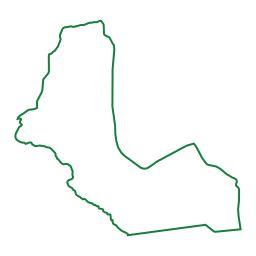 SVG path tracing the border of Western Bahr el Ghazal
{"feature_id": "SDS-873", "entity_name": "Western Bahr el Ghazal", "entity_type": "State", "adm_level": 1, "iso_a3": "SSD", "parent_name": "South Sudan", "parent_adm1": "", "projection": "robinson", "projection_center": [25.577, 8.526], "detail": "fine", "context": "isolated", "style": "outline", "palette": "green", "viewbox_px": 256, "rotation_deg": 0, "n_neighbors": 0, "source": "natural_earth", "source_scale": "10m", "svg_char_len": 3786}
<svg xmlns="http://www.w3.org/2000/svg" viewBox="0 0 256 256"><path d="M22.4,142.6L22.1,142.5L20.4,142.1L19.6,141.7L18.3,140.9L16.9,139.8L15.8,138.4L15.4,136.7L15.5,134.9L16.1,132.9L18.9,127.6L19.4,127.0L21.5,125.5L21.8,125.0L21.5,124.3L20.2,123.1L19.8,122.3L20.0,121.5L20.9,120.0L21.1,119.2L20.2,118.6L18.3,118.7L17.8,118.8L18.0,118.4L18.1,117.6L18.4,117.1L21.3,114.7L22.8,113.9L28.3,110.0L29.4,109.7L33.9,109.2L36.4,108.3L36.9,108.0L37.1,107.6L37.1,101.5L37.2,101.2L37.5,100.3L42.0,91.7L42.2,91.1L42.3,90.8L43.2,80.0L43.6,79.0L44.0,78.4L45.4,76.9L48.5,73.0L48.8,71.7L48.9,71.0L48.8,56.0L49.0,54.8L49.2,54.5L49.4,54.2L49.6,54.2L50.0,54.1L50.6,54.0L51.0,53.8L51.4,53.5L53.1,51.9L54.9,50.7L55.5,49.9L56.9,47.8L57.6,47.1L58.0,46.4L58.4,45.4L58.7,44.4L60.0,41.3L60.5,39.7L60.6,39.3L60.6,39.0L60.6,38.7L60.4,38.1L60.0,37.0L60.0,36.7L59.8,36.1L59.9,35.6L60.0,35.0L62.5,29.0L63.0,28.3L63.4,28.0L63.7,27.8L64.4,27.6L65.2,27.2L65.7,27.1L67.0,27.2L67.5,27.1L68.8,26.6L69.0,26.6L69.6,26.7L69.9,26.6L70.4,26.4L70.8,26.3L71.1,26.3L71.7,26.4L72.0,26.5L72.5,26.7L72.7,26.8L73.0,26.9L73.3,26.9L73.6,26.8L74.1,26.6L74.4,26.6L74.9,26.7L75.2,26.7L75.5,26.6L76.4,26.1L76.6,26.1L77.2,26.0L77.5,26.0L78.1,25.9L78.7,25.7L79.1,25.5L79.9,25.2L80.4,25.1L81.0,25.0L83.0,25.1L83.6,25.0L84.2,24.8L84.4,24.8L88.0,23.3L90.2,22.7L90.5,22.7L92.1,22.6L93.2,22.4L94.0,22.2L94.3,22.1L96.3,22.2L96.7,22.2L97.1,22.0L98.2,21.5L100.4,20.8L100.9,20.8L101.1,20.9L103.3,23.9L103.5,24.4L103.6,24.7L103.7,25.0L104.0,33.7L104.1,34.1L104.2,34.3L104.5,34.7L104.9,35.1L106.7,36.2L107.5,36.6L108.8,37.1L109.0,37.1L109.3,37.4L109.5,37.6L109.8,38.1L112.7,43.6L113.3,44.4L114.0,45.2L114.3,49.9L112.6,69.2L112.4,106.5L115.1,125.7L115.3,133.5L116.4,141.3L118.2,147.6L121.2,152.5L124.1,155.5L140.5,167.5L142.5,168.4L144.2,168.7L145.6,168.6L146.8,168.3L148.1,167.7L151.2,165.8L156.7,161.7L186.6,145.7L193.7,143.6L195.9,146.2L202.3,158.2L205.5,162.6L206.6,163.9L207.4,164.5L208.3,164.9L215.9,166.4L218.3,167.6L221.9,170.1L226.0,173.7L232.4,177.6L234.4,178.4L236.1,179.4L236.8,180.7L236.7,182.2L236.2,183.7L235.9,184.8L236.3,185.9L238.3,187.6L238.9,189.0L239.1,191.3L239.0,200.4L238.1,209.3L238.6,216.4L240.6,229.3L215.3,231.8L214.7,231.7L214.0,231.4L213.6,231.2L205.5,224.8L129.3,235.0L127.9,235.2L127.8,234.0L125.4,232.5L122.5,231.2L120.8,230.2L119.9,229.2L117.9,227.6L116.3,225.4L115.6,225.0L114.7,224.8L113.5,224.0L113.0,223.3L112.8,222.7L112.8,222.0L112.5,221.3L112.5,221.0L112.6,220.6L112.6,220.3L112.4,220.1L112.1,220.1L111.8,220.2L111.5,220.2L111.2,220.1L110.8,218.8L110.6,215.8L110.3,214.6L108.0,214.4L107.5,214.2L107.3,213.8L107.3,213.4L107.0,213.0L106.5,212.8L105.5,212.6L105.0,212.4L103.4,211.4L103.2,210.9L103.1,209.9L102.9,209.4L102.0,209.0L99.8,208.7L99.0,208.4L98.6,207.5L98.6,206.8L98.3,206.3L97.1,206.2L96.5,206.1L95.7,205.2L95.2,204.9L94.3,205.0L93.9,204.8L92.7,203.7L91.7,203.3L88.6,202.4L87.9,201.9L85.6,199.6L84.9,199.1L84.1,198.9L83.1,199.3L81.8,198.6L79.9,197.0L77.1,195.4L76.4,194.8L75.9,194.0L75.6,193.2L75.3,191.6L74.9,190.8L74.6,190.5L73.7,190.2L73.3,189.9L73.0,189.6L72.6,188.7L72.2,188.3L71.6,187.8L68.6,186.0L67.5,183.2L67.3,182.3L67.4,181.6L68.4,180.4L71.7,179.1L72.8,178.0L73.0,177.0L72.9,176.2L72.6,175.4L72.4,174.6L72.6,172.1L72.6,171.3L72.3,170.4L71.6,168.8L71.1,167.1L70.6,166.2L69.9,165.5L68.7,165.0L68.4,164.7L68.1,164.3L67.8,164.1L66.5,163.9L65.8,163.9L64.3,164.2L63.6,164.3L62.1,163.7L60.6,162.4L58.2,159.3L57.8,159.1L57.4,158.8L57.0,158.4L56.8,158.0L56.7,157.0L55.6,155.8L55.5,153.8L55.0,152.8L50.8,148.4L49.2,147.6L46.3,147.2L44.7,146.2L43.7,146.1L42.7,146.1L39.9,145.5L36.4,146.1L34.9,146.0L33.3,144.9L32.8,144.8L32.4,144.6L32.2,144.2L32.0,143.7L30.8,142.4L29.1,142.6L25.8,143.9L25.6,143.7L24.8,143.0L24.4,142.7L24.0,142.7L23.3,142.7L22.4,142.6Z" fill="none" stroke="#15803d" stroke-width="2"/></svg>